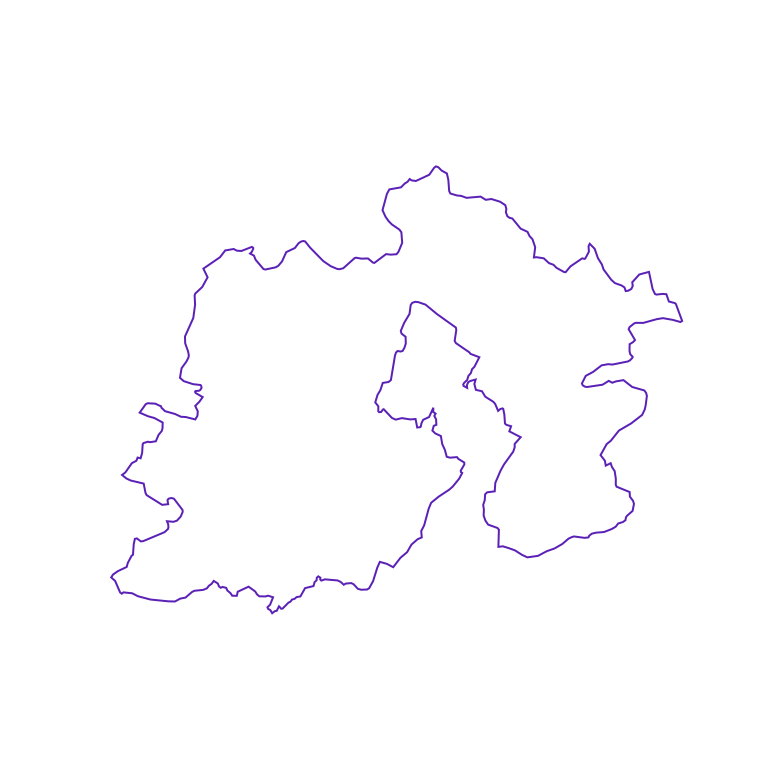 Vi Xuyen, Hà Giang, Vietnam (Robinson projection), rotated 79°
{"feature_id": "81297802B6357673458882", "entity_name": "Vi Xuyen", "entity_type": "district", "adm_level": 2, "iso_a3": "VNM", "parent_name": "Vietnam", "parent_adm1": "Hà Giang", "projection": "robinson", "projection_center": [104.991, 22.763], "detail": "fine", "context": "isolated", "style": "outline", "palette": "violet", "viewbox_px": 768, "rotation_deg": 79, "n_neighbors": 0, "source": "geoboundaries", "source_scale": "gbopen_adm2", "svg_char_len": 6155}
<svg xmlns="http://www.w3.org/2000/svg" viewBox="0 0 768 768"><g transform="rotate(79 384 384)"><path d="M486.2,324.2L485.1,325.3L483.7,325.2L478.3,320.5L476.4,320.2L471.7,325.3L469.7,326.3L468.9,333.3L467.4,336.3L460.3,336.8L454.1,338.3L445.9,338.1L442.4,343.0L439.0,345.4L434.5,343.1L434.1,340.4L428.6,339.6L425.0,340.7L422.9,339.0L420.9,341.0L416.7,340.1L425.0,346.0L426.6,352.4L429.8,354.8L432.8,356.0L433.3,356.7L433.0,359.7L424.4,359.7L423.8,364.9L420.9,373.0L421.2,379.3L418.8,382.7L408.7,389.1L408.9,390.1L410.9,392.1L410.7,394.2L409.6,394.8L404.8,393.8L400.4,396.1L393.4,392.4L389.3,388.7L382.7,385.0L382.9,379.2L381.5,376.5L358.2,367.8L355.4,366.2L354.2,364.4L355.3,361.4L355.1,359.4L352.3,357.0L348.5,354.9L341.8,353.8L337.8,357.2L335.1,357.4L327.8,352.5L320.1,345.6L311.5,342.7L309.7,340.8L309.3,337.5L310.2,334.7L314.0,328.1L325.2,318.9L342.3,302.7L344.7,302.7L355.1,306.4L357.6,305.6L369.4,294.0L370.9,293.4L375.9,285.3L384.4,292.0L386.3,294.8L389.8,296.6L392.2,299.6L395.8,301.5L398.5,305.5L399.8,306.4L401.1,306.2L403.7,303.1L401.1,302.9L398.3,301.0L397.5,298.7L397.1,293.2L401.2,295.3L407.3,294.9L409.8,289.2L415.8,287.0L422.3,280.1L424.7,278.7L432.2,277.1L430.7,274.5L430.6,272.2L431.2,271.7L437.0,271.7L445.9,272.8L447.5,271.6L449.7,267.3L454.4,270.0L462.3,260.0L467.8,267.2L471.1,267.8L475.1,270.1L485.8,281.5L491.4,286.2L502.3,293.6L510.5,295.8L510.0,303.4L511.6,305.8L517.3,307.3L521.6,309.7L526.3,309.9L532.2,311.3L537.5,310.5L541.9,308.6L546.9,300.2L548.9,299.0L565.7,302.8L566.0,298.3L569.0,292.7L572.3,287.2L578.0,281.2L581.5,276.4L582.1,265.7L579.2,256.2L578.0,248.0L575.1,239.6L571.0,232.3L570.2,229.3L569.9,226.6L573.3,216.5L573.6,212.6L572.0,211.4L570.6,208.6L570.4,204.1L571.3,196.3L569.8,188.1L568.3,183.8L565.6,180.7L565.1,175.9L563.8,173.0L561.0,171.9L559.8,170.7L556.0,164.2L549.4,161.5L546.3,161.8L541.5,164.1L536.9,163.5L529.2,175.3L527.1,175.7L521.1,174.5L513.5,174.2L508.9,176.1L505.0,176.6L506.4,181.9L501.5,181.8L495.1,185.0L485.5,176.9L483.0,172.2L474.5,162.2L469.9,149.0L463.6,136.5L458.9,133.0L454.9,131.2L445.8,128.2L442.7,128.4L440.0,129.7L434.3,140.9L425.9,148.2L425.7,155.7L426.3,159.7L423.8,162.8L426.4,169.6L425.7,185.1L425.0,187.2L423.2,189.2L421.2,189.6L414.5,184.4L412.0,176.4L407.2,166.8L407.3,160.2L408.5,156.1L408.4,140.3L407.7,138.0L405.7,135.2L404.8,134.7L401.7,136.6L398.5,136.7L391.8,135.3L390.4,131.5L388.8,129.2L376.9,133.4L375.0,132.1L372.3,127.0L372.0,125.1L373.5,117.9L372.4,103.9L372.6,97.6L376.1,88.4L379.7,81.2L379.0,79.3L361.2,82.2L360.1,83.0L357.4,88.6L349.7,89.7L348.7,93.5L348.2,99.6L347.3,100.8L342.0,102.2L324.5,102.5L325.2,112.5L331.5,120.9L335.2,121.1L337.9,123.1L339.0,126.4L338.9,129.0L335.1,129.5L332.6,132.0L329.0,138.1L325.1,141.0L313.5,146.6L308.3,147.3L301.2,150.0L291.5,151.4L285.6,155.3L287.7,156.9L293.2,157.6L299.0,162.3L299.5,163.1L298.5,165.5L304.1,178.5L308.9,184.4L308.5,185.8L302.9,192.5L299.3,194.9L296.8,199.0L291.1,203.2L288.6,210.2L288.4,212.7L278.6,209.5L270.3,210.6L266.6,212.9L262.0,214.1L257.6,220.2L246.1,226.4L244.7,229.2L242.8,230.9L238.6,231.6L235.5,230.5L231.6,230.8L227.2,235.3L222.9,243.3L222.6,249.0L218.5,253.4L217.0,267.5L214.1,272.3L212.9,276.3L209.7,282.5L207.1,283.2L195.8,281.9L189.3,282.1L185.5,286.7L181.6,289.3L180.3,291.5L181.3,293.5L187.2,299.6L190.8,314.0L189.4,318.0L187.7,319.7L190.0,322.3L191.2,325.4L194.2,329.8L194.0,341.6L198.0,344.9L213.1,352.3L220.1,350.6L224.8,348.5L228.8,345.9L235.4,339.4L238.4,338.0L248.9,339.2L256.9,344.5L259.0,346.9L258.3,352.7L256.9,357.2L263.3,370.3L262.8,371.6L257.7,375.8L256.6,382.4L254.7,387.3L254.8,388.8L262.6,401.9L262.8,405.8L262.1,408.0L258.2,413.8L251.7,420.2L235.9,430.6L229.0,434.2L228.2,436.0L228.4,438.4L229.5,441.0L233.5,445.5L235.9,454.8L244.2,460.7L247.8,465.2L248.8,468.0L249.0,478.6L248.1,480.4L237.6,486.3L233.1,487.2L230.4,490.6L229.0,488.5L226.2,486.5L225.4,486.4L224.2,487.6L226.2,498.5L225.1,502.9L222.8,505.8L222.6,514.4L228.2,520.7L236.3,539.3L245.6,536.8L254.1,543.9L259.2,552.0L260.9,553.0L270.1,554.3L282.8,558.6L299.4,570.3L306.1,571.4L314.6,570.1L318.6,570.1L320.7,570.9L324.2,573.6L329.9,579.7L339.0,583.1L343.0,580.0L347.7,571.5L350.0,564.3L351.0,563.8L352.9,563.8L354.8,565.5L355.3,566.8L355.0,570.4L355.7,571.0L356.9,570.6L362.2,564.5L366.1,568.5L369.5,573.5L375.2,572.0L379.6,573.2L382.8,576.0L378.6,584.9L377.4,589.6L373.6,594.8L368.9,604.1L364.8,607.0L363.4,607.1L359.6,612.4L357.8,619.7L358.4,621.8L365.5,629.3L370.7,621.7L373.5,616.0L379.6,608.6L385.3,609.9L387.7,611.1L390.9,615.0L396.7,618.9L396.5,624.7L395.6,626.8L396.1,631.4L397.2,632.4L405.6,634.6L410.5,637.1L409.2,639.9L412.1,641.7L413.6,646.6L421.5,654.8L423.3,658.5L427.5,655.0L430.4,651.1L435.9,638.9L445.3,638.9L447.8,638.2L460.3,624.8L460.8,618.8L456.7,618.7L455.5,617.4L455.3,614.5L456.5,612.1L469.2,605.8L471.1,606.0L475.4,608.9L478.6,613.3L479.1,616.9L477.3,623.2L480.7,622.6L483.7,623.0L485.2,623.8L487.6,627.8L492.3,650.4L492.1,652.7L488.4,656.1L488.5,658.1L493.4,660.2L503.7,663.0L504.5,664.6L510.7,669.6L514.5,671.5L516.9,680.9L519.3,686.3L521.8,688.7L526.0,685.5L538.3,682.8L539.8,681.4L538.8,679.6L541.4,671.1L545.4,666.0L551.0,654.4L556.2,637.1L557.6,630.7L555.8,625.0L555.8,619.6L551.5,612.1L550.8,609.5L551.6,600.8L550.8,596.8L548.7,594.5L547.3,591.4L544.8,588.7L548.1,585.2L551.2,584.6L552.9,583.1L552.4,581.3L554.0,577.8L556.8,577.2L560.0,574.6L562.9,573.4L563.8,568.9L560.0,567.2L557.1,555.6L563.1,550.0L566.3,548.8L568.6,546.9L569.9,541.0L569.7,538.1L572.2,533.6L578.9,537.9L580.9,541.0L582.6,540.7L584.3,538.7L587.7,537.5L586.2,534.7L586.2,532.6L582.2,529.5L585.0,527.8L585.1,526.4L580.4,519.5L579.8,517.3L578.1,515.6L577.8,512.7L576.5,510.5L576.6,506.6L569.3,500.4L568.9,491.8L565.2,489.9L563.9,487.7L561.3,486.9L560.3,485.2L562.0,483.4L563.7,483.9L565.0,483.1L564.5,479.2L568.0,467.0L570.1,464.2L573.4,461.8L572.6,459.7L573.2,454.1L574.7,452.1L580.1,448.7L581.6,445.6L582.5,439.8L581.6,437.5L575.4,432.3L563.1,425.7L557.8,422.0L561.1,415.5L565.6,409.9L557.7,401.0L553.5,393.4L546.9,387.7L542.8,380.7L541.8,376.2L535.4,375.5L530.5,371.6L514.9,363.9L509.6,360.4L505.0,351.8L500.2,340.2L497.8,336.1L491.3,328.3L486.2,324.2Z" fill="none" stroke="#5b21b6" stroke-width="2"/></g></svg>